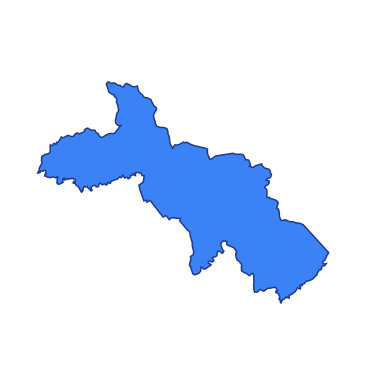 outline of Goiatuba, Goiás, Brazil, rotated 24°
{"feature_id": "56859067B21537019746622", "entity_name": "Goiatuba", "entity_type": "district", "adm_level": 2, "iso_a3": "BRA", "parent_name": "Brazil", "parent_adm1": "Goiás", "projection": "robinson", "projection_center": [-49.724, -17.991], "detail": "fine", "context": "isolated", "style": "filled", "palette": "blue", "viewbox_px": 384, "rotation_deg": 24, "n_neighbors": 0, "source": "geoboundaries", "source_scale": "gbopen_adm2", "svg_char_len": 6002}
<svg xmlns="http://www.w3.org/2000/svg" viewBox="0 0 384 384"><g transform="rotate(24 192 192)"><path d="M228.0,266.6L229.7,265.3L231.6,262.8L232.1,260.4L231.2,258.7L231.0,256.7L233.8,257.6L234.7,257.4L235.6,256.6L238.0,252.5L238.7,252.0L239.0,250.7L237.3,250.2L236.3,250.4L235.4,249.9L235.5,248.6L236.3,247.7L238.4,248.0L239.7,246.7L239.6,245.3L238.1,244.5L237.3,243.5L239.7,241.6L240.4,240.6L240.5,239.4L239.6,237.1L239.7,235.7L241.4,234.8L244.3,235.8L245.0,234.8L245.1,233.0L243.6,232.5L242.6,231.5L240.4,229.1L239.3,227.4L239.8,225.0L240.5,224.1L243.8,222.9L245.0,225.6L245.8,226.1L251.0,225.9L253.3,226.1L255.8,227.4L257.3,229.2L256.9,230.5L258.9,233.8L259.9,234.3L260.6,235.7L263.5,236.3L266.6,237.9L267.4,239.5L267.8,241.1L268.6,242.2L269.2,243.8L272.8,244.5L274.6,244.1L278.1,245.2L279.0,244.2L280.2,241.8L281.3,241.8L282.9,244.2L285.6,250.0L286.0,251.6L286.8,253.4L287.6,254.3L287.9,255.5L289.8,258.0L292.4,256.9L293.5,253.8L294.8,253.3L297.9,253.5L300.2,249.3L302.0,248.4L305.5,245.9L307.0,245.3L308.4,245.8L310.2,247.4L309.1,248.0L309.3,249.5L312.5,249.9L313.5,250.9L314.6,251.7L315.3,254.8L316.3,254.4L317.0,255.5L317.4,256.6L318.4,257.2L318.5,255.9L318.3,254.8L318.6,253.3L319.7,252.7L319.9,251.2L320.9,250.5L321.0,249.2L322.4,249.6L323.9,249.4L322.7,246.8L323.8,246.0L324.5,244.7L325.6,243.8L325.5,242.8L326.6,241.7L327.2,238.9L327.2,236.7L330.3,236.6L330.2,235.3L328.5,233.9L328.7,232.7L330.5,232.9L330.7,230.8L332.0,230.0L332.5,227.3L333.1,226.4L334.4,226.1L337.6,222.5L339.9,216.6L339.4,214.7L339.9,212.8L339.9,211.3L341.2,210.8L341.7,209.7L340.9,207.7L342.0,205.7L343.2,205.4L343.7,202.9L342.3,204.0L340.5,203.9L339.9,202.3L341.1,200.3L341.1,194.7L341.5,193.7L341.1,192.8L341.5,191.8L306.8,176.6L303.1,176.7L299.0,178.0L296.4,178.2L293.8,179.2L292.4,179.4L288.5,179.4L286.0,181.4L284.7,181.6L282.5,179.6L281.0,177.4L280.4,175.8L277.9,172.4L276.8,172.9L275.8,172.3L275.9,171.1L275.5,170.2L275.4,167.4L274.0,165.8L271.7,165.4L267.9,165.7L266.1,166.2L265.2,165.4L262.6,166.5L261.8,165.0L261.2,162.9L259.3,159.4L256.5,158.1L256.8,156.0L258.2,154.9L258.6,153.9L258.6,151.9L257.9,150.5L256.3,151.0L255.1,151.1L255.5,149.2L257.4,147.2L257.8,146.1L257.6,144.8L257.3,143.3L255.9,142.7L255.0,141.1L253.1,139.9L249.5,140.5L247.7,140.4L245.1,139.1L244.2,138.0L239.3,142.2L237.5,145.1L235.6,144.9L233.9,145.2L234.4,143.3L230.8,139.8L229.0,140.1L227.9,140.9L225.1,138.1L223.5,137.2L221.1,137.6L219.0,138.8L215.6,139.9L213.6,140.0L199.3,149.2L198.0,151.0L196.9,153.2L195.7,154.5L194.9,154.9L193.8,153.6L192.0,152.1L190.6,150.6L189.5,148.7L188.7,146.4L185.7,146.7L173.7,149.0L172.7,148.8L171.2,149.0L167.3,148.6L165.9,149.7L163.8,149.9L161.6,153.1L158.7,155.6L157.5,155.6L156.7,157.4L157.1,158.8L156.6,159.9L154.1,158.2L151.7,155.9L148.6,150.5L146.8,149.0L146.0,148.1L145.3,146.5L143.9,144.7L142.4,144.3L138.9,144.9L137.3,145.7L136.1,146.0L133.1,146.3L130.3,144.0L129.6,142.5L128.1,141.1L125.6,137.7L125.6,134.1L126.1,131.5L125.5,129.9L124.4,129.3L122.2,128.8L118.2,125.6L117.0,124.3L112.8,124.1L111.1,124.8L109.2,124.8L106.9,123.2L105.5,123.2L102.9,122.0L101.0,120.2L99.0,117.4L96.2,119.7L93.1,119.8L91.0,119.4L87.9,119.5L87.1,120.9L86.7,122.1L86.8,123.1L86.5,124.0L85.6,124.3L84.1,124.2L82.8,123.8L80.5,124.7L78.5,124.0L76.0,124.2L74.8,125.2L73.7,125.7L72.2,125.4L70.7,125.4L69.9,127.3L69.8,128.3L73.8,132.5L75.1,134.3L76.2,134.8L80.5,135.3L81.7,134.9L82.3,136.3L84.9,137.1L85.8,138.3L86.4,140.8L88.8,142.7L91.6,147.1L91.9,148.3L91.4,151.0L92.6,155.5L92.6,156.9L93.6,159.0L94.6,160.2L96.9,161.2L98.6,161.2L99.9,160.3L97.4,169.9L95.9,170.9L94.6,171.2L91.7,173.2L91.0,174.3L90.2,174.9L88.8,177.3L87.8,178.5L86.7,179.1L84.7,178.6L82.2,176.7L81.2,176.8L80.0,176.5L78.1,175.0L75.3,176.4L72.9,176.4L71.3,176.0L70.4,176.3L69.7,176.9L68.5,179.0L68.9,179.9L69.0,180.9L65.2,184.9L63.7,184.5L62.3,185.3L62.1,186.4L61.4,187.0L61.4,188.7L60.0,190.3L55.6,190.7L52.9,194.1L52.0,194.9L50.1,194.9L50.2,196.9L49.6,200.1L49.1,201.3L48.2,201.6L48.6,203.0L48.1,203.9L46.7,203.4L45.8,204.2L46.0,206.0L44.5,206.5L43.4,206.5L43.8,208.2L44.5,209.1L46.0,212.8L45.5,215.3L44.9,216.0L44.0,216.1L43.2,217.3L42.1,217.7L41.5,219.1L40.3,220.6L41.6,224.4L42.8,226.0L43.1,227.1L42.8,232.1L43.0,233.2L43.6,234.4L43.2,237.4L44.5,236.8L45.4,235.6L45.3,234.3L47.7,233.3L48.7,231.9L50.0,232.1L50.4,233.5L51.4,234.6L50.5,235.6L51.0,237.2L52.3,236.8L53.1,237.2L54.0,237.2L56.8,236.5L59.4,234.3L61.1,234.7L62.0,234.1L62.7,232.7L63.8,233.3L63.4,234.7L64.5,237.2L64.7,238.5L66.7,239.4L68.4,238.1L70.3,235.6L68.8,233.4L68.8,232.3L69.4,231.4L69.8,232.4L70.7,232.8L71.6,232.4L71.7,230.9L72.6,230.6L73.6,231.0L75.1,229.2L76.2,229.1L76.9,228.1L77.8,228.3L80.1,227.9L80.9,228.5L80.9,229.8L79.7,230.4L79.6,232.0L80.7,232.1L81.6,231.4L82.8,232.6L84.1,233.1L86.3,233.5L87.1,234.2L88.0,234.5L88.5,235.5L89.7,235.7L90.4,236.9L91.3,237.0L91.9,234.6L90.9,233.6L91.3,232.1L91.1,230.9L93.1,230.4L93.9,229.6L94.6,230.3L99.4,232.0L100.0,230.9L98.3,230.0L98.1,228.7L98.4,227.3L99.4,226.0L100.8,225.5L102.3,226.1L103.7,225.8L104.4,224.7L103.9,223.8L103.9,222.5L104.5,221.3L105.4,221.3L106.2,221.8L107.4,221.8L108.3,220.5L109.6,220.0L110.6,220.6L111.4,219.6L111.0,217.9L111.9,217.0L112.8,217.8L113.9,217.2L113.8,215.3L114.7,214.0L115.9,213.1L116.6,212.0L117.4,211.6L118.4,210.9L119.8,207.4L120.6,207.9L121.7,207.5L121.8,205.8L122.2,204.7L124.6,206.7L125.5,206.0L126.1,205.1L127.2,205.2L128.4,205.9L129.3,204.7L129.8,203.4L129.0,202.1L130.1,201.3L130.7,200.5L130.8,199.2L132.6,200.3L133.6,200.0L132.6,197.4L134.6,196.0L136.7,195.9L137.9,195.4L139.8,197.3L141.7,196.5L142.7,200.1L143.3,203.0L140.7,207.3L143.3,210.8L151.7,219.7L152.6,218.7L154.0,218.2L154.5,219.6L155.5,219.1L157.1,216.9L157.9,217.1L175.8,226.7L177.3,224.3L179.0,224.6L182.5,226.5L183.7,223.8L192.4,221.0L192.5,223.3L203.6,228.8L205.4,229.0L206.3,229.5L207.9,232.4L212.9,238.2L214.1,241.1L217.7,245.6L218.5,248.0L218.5,249.3L217.5,250.5L216.9,251.9L217.8,252.6L218.6,255.6L219.1,258.9L219.6,260.1L221.4,261.2L226.0,266.4L228.0,266.6Z" fill="#3b82f6" stroke="#1e3a8a" stroke-width="1.5"/></g></svg>